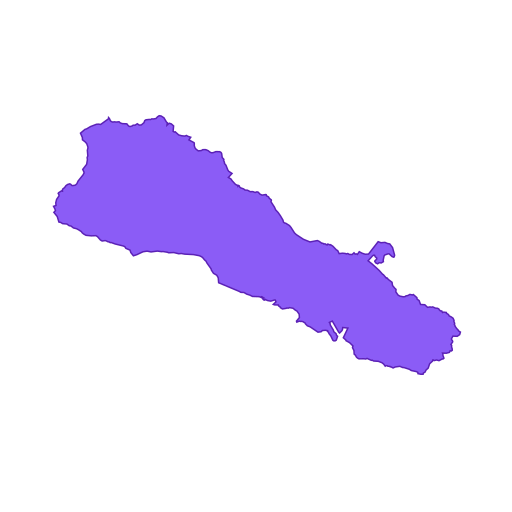 outline of Danes, Mures, Romania, rotated 126°
{"feature_id": "2599482B49192163126076", "entity_name": "Danes", "entity_type": "district", "adm_level": 2, "iso_a3": "ROU", "parent_name": "Romania", "parent_adm1": "Mures", "projection": "orthographic", "projection_center": [24.701, 46.182], "detail": "fine", "context": "isolated", "style": "filled", "palette": "violet", "viewbox_px": 512, "rotation_deg": 126, "n_neighbors": 0, "source": "geoboundaries", "source_scale": "gbopen_adm2", "svg_char_len": 6081}
<svg xmlns="http://www.w3.org/2000/svg" viewBox="0 0 512 512"><g transform="rotate(126 256 256)"><path d="M334.8,449.0L336.1,446.4L337.2,444.9L339.5,445.2L340.9,440.0L344.4,435.4L343.6,433.7L343.5,431.5L341.3,427.8L341.3,424.9L340.5,423.4L340.6,420.2L339.4,417.2L339.1,415.1L338.9,411.7L339.4,410.2L339.5,408.3L339.2,405.7L336.5,401.1L333.6,397.4L333.5,395.6L334.5,391.3L334.3,389.3L332.2,387.1L331.8,386.1L331.5,384.1L330.9,383.0L330.9,381.8L330.2,381.0L329.1,377.1L325.8,369.0L325.6,367.5L326.3,365.8L325.3,361.4L326.8,359.3L327.9,355.3L325.0,353.2L319.0,349.9L316.1,347.0L314.4,343.3L310.0,338.7L308.1,335.1L307.0,333.8L305.1,330.0L304.7,328.5L301.5,324.5L299.6,319.8L297.9,317.9L296.4,314.8L291.6,307.4L289.1,302.1L288.7,300.3L288.6,298.4L289.4,295.3L289.6,293.3L290.5,291.6L292.8,284.8L293.6,283.9L295.0,280.2L294.6,276.5L295.8,273.8L299.6,270.5L294.5,248.8L294.3,246.9L292.6,244.3L292.3,241.1L291.2,237.8L290.8,235.1L287.0,229.5L286.7,228.3L285.6,227.6L285.4,226.3L285.6,226.0L286.1,227.4L286.5,227.6L286.5,227.3L286.3,226.0L285.7,225.9L285.5,225.4L286.3,225.6L286.8,225.1L287.0,223.9L286.6,223.1L285.8,223.4L285.3,220.6L283.8,217.5L280.6,215.1L280.3,214.5L281.4,212.9L285.0,213.6L284.7,212.4L282.5,209.1L283.1,208.4L283.0,206.6L283.5,205.9L283.3,203.5L280.7,200.9L280.1,200.6L279.0,199.0L278.1,198.6L276.5,195.3L276.7,192.7L276.5,190.4L277.7,186.9L280.3,184.7L284.9,185.0L285.5,184.1L283.3,182.7L282.7,181.4L282.0,180.6L281.4,179.0L281.5,178.2L281.3,177.0L281.8,176.2L282.3,173.4L281.5,170.6L281.2,161.1L279.0,158.8L277.3,158.5L275.3,156.2L274.3,154.2L275.0,153.9L275.1,152.5L275.9,151.3L276.7,148.5L279.0,144.3L278.9,143.1L278.0,142.0L276.9,141.6L273.0,142.8L272.8,144.3L271.8,145.5L271.5,148.6L270.5,149.8L268.1,155.4L267.2,156.2L266.6,157.6L263.8,156.0L269.0,144.4L269.2,143.1L266.0,142.6L264.7,142.8L262.9,143.8L260.3,139.3L270.8,137.3L271.2,133.7L271.6,133.4L271.1,129.3L271.8,124.7L273.4,124.1L274.9,121.2L277.7,118.9L277.8,117.4L278.8,115.2L278.9,113.7L278.7,112.3L275.7,108.3L274.8,106.6L273.6,106.0L272.6,101.3L272.0,100.8L271.8,99.1L269.3,95.1L268.3,91.3L268.4,89.2L269.2,86.7L268.3,86.4L267.6,85.3L267.7,84.6L266.8,83.2L266.8,82.6L266.5,82.4L266.6,81.9L266.3,81.5L266.0,79.3L263.9,78.1L260.7,74.8L260.0,71.8L259.2,70.5L257.5,65.3L257.4,63.1L255.3,58.4L255.0,56.7L256.0,55.8L254.8,53.2L253.4,51.3L252.3,51.8L250.6,51.0L248.3,51.4L245.5,50.8L241.1,52.2L237.3,51.4L236.3,51.9L235.9,51.5L235.9,50.4L234.0,48.8L233.1,46.4L229.8,44.8L229.5,44.2L228.2,43.9L226.5,46.4L225.3,47.3L224.9,48.0L222.8,44.9L220.7,43.2L220.3,42.9L218.5,43.2L218.0,42.1L216.9,41.8L215.7,42.8L214.6,44.3L213.3,45.2L213.0,46.3L209.8,46.4L208.9,47.5L208.8,48.5L208.1,49.2L205.1,49.6L202.7,46.0L199.9,45.0L197.4,45.9L197.5,48.2L197.1,48.8L196.7,51.1L195.8,53.7L195.2,54.3L194.7,55.4L193.7,55.7L192.5,57.6L191.7,57.9L190.5,60.0L190.5,62.1L190.9,64.7L190.2,65.9L190.4,68.2L189.8,68.8L191.1,71.2L192.1,71.9L191.3,73.4L192.0,74.6L191.8,76.0L191.4,77.0L191.6,78.4L192.7,80.2L193.3,83.1L194.4,84.1L194.9,85.3L196.7,87.0L196.2,90.8L198.5,94.4L196.2,97.8L196.2,100.3L195.1,101.4L194.7,106.1L195.6,106.6L196.6,108.9L198.7,109.9L200.2,111.3L201.2,111.5L202.4,112.8L203.9,116.1L204.1,118.1L202.8,121.8L200.7,123.1L200.5,124.8L199.6,128.2L197.3,130.5L197.2,135.2L196.7,136.9L196.9,137.5L197.3,137.6L196.2,142.1L196.4,142.7L195.3,147.7L194.2,157.5L194.0,162.5L187.5,161.8L186.3,161.4L185.7,160.5L186.5,159.2L186.7,157.1L187.8,156.5L189.8,157.0L190.6,156.7L191.2,155.0L190.8,153.0L189.0,152.4L188.0,150.6L185.7,149.6L184.5,150.7L180.7,152.4L179.5,152.4L176.7,150.5L176.0,149.6L176.5,145.6L176.1,144.0L175.6,143.7L173.9,144.3L168.9,150.5L167.6,154.9L168.6,157.0L169.2,159.7L171.8,162.7L172.6,165.6L188.3,166.1L190.4,168.7L191.4,171.9L191.8,175.0L195.1,174.9L195.2,175.9L196.2,176.9L195.8,178.6L198.3,179.1L199.9,181.5L200.0,183.2L201.2,184.1L201.5,185.3L202.9,187.7L205.2,190.1L203.6,193.1L203.8,194.6L202.9,199.4L203.0,202.3L203.5,202.5L204.1,204.9L205.0,204.8L205.6,205.8L205.4,206.1L205.6,207.4L206.4,208.1L206.4,209.5L207.0,210.1L207.0,213.3L207.4,215.4L212.9,220.6L214.6,227.4L215.0,236.0L214.7,238.4L212.3,244.5L211.7,246.8L212.0,251.2L212.5,252.3L212.5,253.6L211.1,255.3L209.1,259.9L207.8,263.7L207.1,267.3L205.6,269.8L203.3,275.8L201.9,276.3L201.6,276.7L201.5,279.1L200.8,280.6L201.1,283.0L200.4,283.7L200.5,284.2L203.2,286.9L203.6,289.3L203.1,291.6L203.2,292.2L203.9,293.3L205.1,294.0L205.8,296.5L207.3,298.4L207.8,301.6L209.1,303.6L209.0,305.4L209.9,308.6L209.8,309.8L209.1,310.8L209.3,311.3L210.2,311.6L209.4,312.2L209.9,313.0L210.1,314.8L209.2,319.3L208.4,321.6L208.7,324.5L203.3,323.9L203.5,327.9L203.0,329.3L200.2,333.7L199.7,335.8L198.8,336.6L197.5,338.6L196.7,338.8L196.2,341.2L193.3,344.0L192.8,345.1L192.9,346.6L195.1,349.8L197.7,351.5L198.7,352.8L199.0,354.0L198.9,356.6L199.3,358.5L199.8,359.7L201.3,361.6L202.8,362.2L204.9,364.5L204.8,367.4L204.3,369.1L202.8,371.0L201.5,371.8L200.7,372.7L201.5,378.5L198.3,378.6L199.2,381.5L199.4,383.2L200.5,383.8L201.1,384.5L202.4,386.8L203.5,389.7L203.0,394.4L203.7,394.8L203.9,396.3L199.2,399.1L198.9,402.2L199.6,404.3L202.5,404.9L200.3,406.1L200.3,407.1L198.3,411.7L198.5,415.1L199.4,416.8L201.4,417.5L203.5,417.7L205.4,419.5L206.4,421.0L207.6,421.5L208.3,422.7L210.5,425.1L211.8,425.6L214.0,425.0L217.3,425.8L218.7,427.3L218.8,429.8L221.2,430.7L222.4,432.3L223.7,432.7L225.1,433.8L225.6,434.7L225.7,435.7L225.0,438.2L227.5,442.0L228.1,444.0L227.9,445.7L229.8,447.8L230.8,449.6L231.8,450.5L232.1,451.3L232.3,453.0L230.9,455.5L230.7,456.6L231.7,456.0L240.9,459.0L241.8,460.8L243.2,462.5L248.6,466.0L252.8,467.8L254.1,468.8L259.8,470.2L262.2,466.1L264.0,464.7L264.1,461.3L264.6,459.0L266.3,456.5L267.3,455.5L269.6,454.6L273.9,450.9L275.6,450.5L277.2,449.0L281.4,446.9L287.8,447.1L289.1,444.7L289.9,443.9L292.1,443.6L299.9,444.0L302.8,443.4L304.0,443.6L305.0,443.9L306.8,445.7L307.2,446.4L306.9,448.1L307.1,449.1L308.9,450.5L310.8,451.1L313.2,451.1L315.3,451.7L316.5,451.4L317.3,450.7L317.7,451.7L320.9,452.9L321.7,452.8L322.3,451.3L323.3,450.7L327.4,450.6L330.6,449.3L332.7,447.5L334.8,449.0Z" fill="#8b5cf6" stroke="#5b21b6" stroke-width="1.5"/></g></svg>